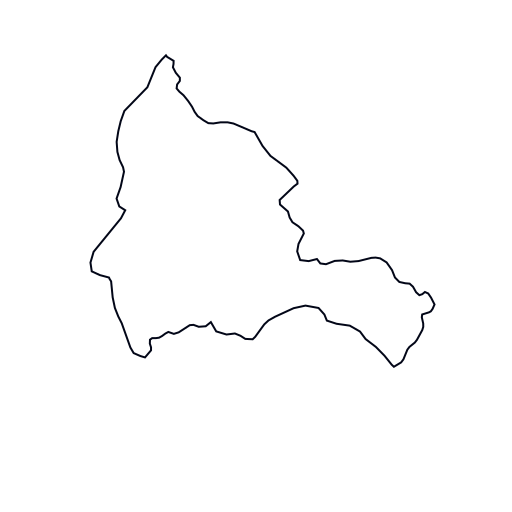 an SVG outline of Tuy, rotated 26°
{"feature_id": "BFA-2834", "entity_name": "Tuy", "entity_type": "Province", "adm_level": 1, "iso_a3": "BFA", "parent_name": "Burkina Faso", "parent_adm1": "", "projection": "mercator", "projection_center": [-3.419, 11.41], "detail": "fine", "context": "isolated", "style": "outline", "palette": "ink", "viewbox_px": 512, "rotation_deg": 26, "n_neighbors": 0, "source": "natural_earth", "source_scale": "10m", "svg_char_len": 1986}
<svg xmlns="http://www.w3.org/2000/svg" viewBox="0 0 512 512"><g transform="rotate(26 256 256)"><path d="M200.4,145.2L213.6,154.2L225.1,159.7L244.5,163.3L254.6,167.4L260.2,170.3L261.6,172.8L259.5,176.9L252.7,195.3L255.0,199.2L265.2,202.0L269.4,206.7L274.0,209.7L281.2,210.7L287.2,212.6L289.1,214.8L288.9,226.5L291.0,233.8L297.5,240.3L305.6,237.5L312.1,232.0L317.1,234.5L322.5,232.7L328.9,225.9L335.9,222.0L343.3,219.8L350.4,215.6L360.5,207.1L364.2,205.0L368.6,203.7L376.2,204.5L384.5,209.1L390.3,214.4L396.2,216.5L402.0,215.1L406.2,213.5L410.6,214.8L415.8,218.4L420.0,219.6L422.2,217.4L423.6,214.3L427.2,214.2L431.6,216.7L437.7,221.3L437.9,226.1L437.4,229.1L436.2,230.8L431.0,235.7L431.9,238.4L435.9,243.4L437.4,246.4L437.9,249.7L437.4,260.8L436.7,264.2L433.8,270.3L433.1,273.8L433.8,284.2L433.1,288.0L428.5,295.1L425.6,294.2L415.2,289.3L403.7,285.2L390.9,282.6L382.6,278.3L370.8,277.5L358.1,281.6L348.0,283.0L343.1,278.6L335.0,275.3L322.2,278.9L312.7,286.4L299.7,302.3L295.5,308.4L293.4,313.8L290.7,329.0L289.5,332.3L282.7,335.2L277.0,334.5L271.0,334.9L263.9,339.5L253.3,341.2L244.4,335.2L241.6,341.2L235.6,344.7L230.0,345.3L226.8,347.2L220.0,358.5L216.3,362.0L210.5,362.7L208.5,365.5L206.7,369.0L204.7,371.9L201.9,373.8L198.7,375.3L197.4,377.7L199.0,381.3L201.7,384.1L203.0,386.8L200.7,395.8L195.9,396.6L188.6,396.9L183.2,393.3L164.8,375.3L158.7,370.7L151.9,364.5L145.3,356.0L136.9,342.3L134.6,340.9L133.3,339.8L124.1,341.6L115.1,341.8L110.1,334.5L108.2,323.4L118.1,281.3L118.4,272.2L111.4,271.4L105.5,265.5L104.1,253.4L100.4,238.1L97.6,234.5L91.4,229.6L85.8,223.2L80.7,214.5L77.5,204.1L75.3,194.1L74.1,183.3L84.4,152.0L82.9,130.3L85.2,120.7L87.1,115.1L88.8,116.0L96.4,116.7L97.7,119.6L98.6,122.8L103.6,126.5L109.4,129.1L110.8,132.0L109.9,136.4L111.2,140.2L115.1,141.9L120.4,143.3L127.2,146.5L133.1,149.9L137.6,153.3L142.2,155.8L149.1,157.0L154.9,157.5L159.5,155.6L165.4,151.5L171.9,148.3L177.7,146.8L197.3,145.8L200.4,145.2Z" fill="none" stroke="#020617" stroke-width="2"/></g></svg>